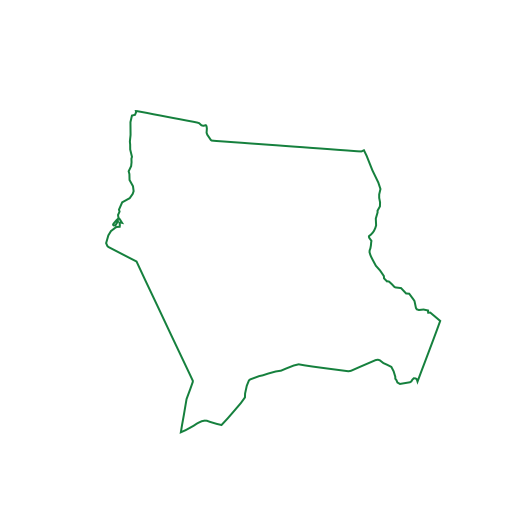 SVG path tracing the border of Kenya, rotated 155°
{"feature_id": "KEN", "entity_name": "Kenya", "entity_type": "country or territory", "adm_level": 0, "iso_a3": "KEN", "parent_name": "Africa", "parent_adm1": "", "projection": "orthographic", "projection_center": [37.674, 0.4], "detail": "fine", "context": "isolated", "style": "outline", "palette": "green", "viewbox_px": 512, "rotation_deg": 155, "n_neighbors": 0, "source": "natural_earth", "source_scale": "50m", "svg_char_len": 2849}
<svg xmlns="http://www.w3.org/2000/svg" viewBox="0 0 512 512"><g transform="rotate(155 256 256)"><path d="M113.5,306.2L113.4,300.1L114.3,284.5L114.1,270.9L114.9,264.1L118.3,259.8L119.8,256.6L120.9,252.2L122.7,248.6L126.7,245.7L127.4,244.1L131.6,239.3L134.2,233.0L136.1,230.9L138.5,228.9L140.2,227.9L142.9,226.8L145.1,226.3L145.5,225.8L145.7,224.7L145.0,220.9L145.9,219.6L147.4,217.0L149.1,214.6L150.6,213.1L151.5,211.5L151.9,208.8L152.0,206.8L151.9,203.7L151.5,196.5L149.7,190.5L148.6,183.8L149.4,181.6L148.0,177.6L147.3,177.4L146.2,176.5L144.7,172.8L143.6,169.4L142.9,168.6L138.1,165.6L135.8,158.6L133.1,157.1L131.7,150.2L131.4,148.2L133.0,141.3L132.8,139.7L131.2,138.2L126.8,136.7L123.1,133.9L123.6,132.9L123.9,131.8L122.0,131.1L116.5,119.3L123.6,112.2L130.9,105.0L140.2,95.9L148.7,87.6L156.1,80.4L162.7,73.9L162.5,75.2L162.5,76.8L163.4,77.8L164.7,78.5L166.6,77.8L168.2,76.7L169.8,76.5L179.6,79.2L181.3,81.6L181.2,84.1L181.6,85.9L180.8,87.7L180.0,93.3L180.2,98.3L183.2,102.1L185.8,105.1L187.9,109.2L189.4,110.5L191.6,111.1L198.3,111.3L208.4,111.6L218.0,111.8L218.9,111.9L221.0,112.5L229.8,118.1L238.0,123.3L244.9,127.7L251.6,132.0L258.1,136.3L263.1,139.8L268.1,140.8L276.2,141.3L281.8,141.5L286.9,143.0L294.6,144.3L300.4,145.0L303.8,145.8L313.4,146.6L315.0,146.2L319.2,142.3L324.0,136.0L325.8,132.5L331.9,129.1L342.7,124.2L350.3,120.8L358.7,117.4L362.5,120.4L367.8,125.1L370.2,127.5L372.1,128.5L375.0,129.2L378.5,129.2L380.4,129.1L384.3,128.5L393.4,127.9L398.6,128.0L394.3,134.3L389.0,141.8L379.4,155.7L372.0,163.0L366.5,168.6L366.0,169.6L366.0,175.7L366.1,190.8L366.3,221.0L366.4,251.1L366.6,281.3L366.6,296.4L366.6,301.5L371.5,307.8L376.3,314.0L382.6,322.2L386.0,326.6L386.5,328.0L386.4,331.0L381.1,337.1L376.9,339.9L371.1,341.2L369.4,341.0L367.2,340.1L366.3,341.6L365.6,343.9L364.3,343.4L363.4,342.7L363.9,346.8L364.5,348.8L363.7,351.5L360.9,353.9L360.6,355.9L354.6,361.2L346.0,361.8L341.5,364.4L339.5,366.5L338.0,371.2L338.5,378.3L336.1,383.8L335.6,386.6L331.2,390.2L329.2,393.5L327.8,396.8L326.5,398.3L325.0,405.7L322.9,410.3L322.4,411.8L321.9,413.1L320.3,415.8L319.2,417.6L318.5,418.8L313.2,430.4L309.1,435.7L306.0,435.1L303.8,437.1L303.6,438.1L302.5,437.5L299.8,435.6L294.3,431.7L288.9,427.7L283.4,423.8L277.9,419.8L272.5,415.9L267.0,412.0L261.5,408.0L256.0,404.1L252.8,401.7L251.4,400.4L250.3,397.7L249.7,397.0L248.3,396.1L246.5,395.9L246.0,395.4L246.1,394.1L246.7,392.2L248.7,388.6L248.9,386.5L248.5,384.0L247.9,380.2L247.3,379.3L243.7,377.2L236.1,373.0L228.4,368.7L220.8,364.5L213.2,360.2L205.6,356.0L197.9,351.7L190.3,347.5L182.7,343.2L175.0,338.9L167.4,334.7L159.8,330.4L152.2,326.2L144.5,321.9L136.9,317.6L129.3,313.4L121.7,309.1L118.8,307.5L116.2,306.2L113.5,306.2ZM367.1,347.5L365.8,347.9L366.5,345.8L370.4,343.2L372.0,343.8L372.3,344.4L372.2,344.9L371.5,345.5L367.1,347.5Z" fill="none" stroke="#15803d" stroke-width="2"/></g></svg>